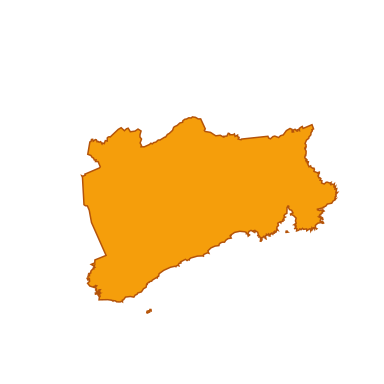 Eurobodalla, New South Wales, Australia, rotated 57°
{"feature_id": "25037944B87455208948659", "entity_name": "Eurobodalla", "entity_type": "district", "adm_level": 2, "iso_a3": "AUS", "parent_name": "Australia", "parent_adm1": "New South Wales", "projection": "albers", "projection_center": [150.084, -35.933], "detail": "fine", "context": "isolated", "style": "filled", "palette": "amber", "viewbox_px": 384, "rotation_deg": 57, "n_neighbors": 0, "source": "geoboundaries", "source_scale": "gbopen_adm2", "svg_char_len": 6037}
<svg xmlns="http://www.w3.org/2000/svg" viewBox="0 0 384 384"><g transform="rotate(57 192 192)"><path d="M231.8,328.7L236.4,321.3L239.0,318.3L240.4,317.7L240.1,317.3L241.6,315.5L243.1,315.0L245.1,312.1L245.4,310.4L246.2,310.1L244.8,309.3L245.1,308.1L243.9,305.0L246.0,300.7L248.5,298.0L247.5,295.8L247.9,293.9L247.2,292.5L248.2,288.8L246.7,285.3L246.9,282.4L244.7,280.3L245.0,279.9L244.5,279.8L244.2,278.4L244.5,277.2L244.0,276.7L244.8,274.3L244.3,273.4L244.4,268.8L245.2,268.0L244.1,267.0L244.6,266.0L242.6,264.1L242.3,258.3L243.4,251.0L244.9,247.0L245.9,246.1L245.4,245.4L245.7,244.0L246.7,243.2L245.4,242.9L244.8,241.9L245.3,240.7L244.7,240.1L245.2,239.7L244.4,239.4L244.9,234.2L246.8,233.5L246.9,231.7L247.5,231.3L246.7,230.3L246.7,228.9L248.7,222.4L251.5,217.6L252.6,217.4L251.2,217.0L250.8,215.8L251.4,212.2L252.6,211.2L250.0,210.7L249.2,206.5L249.9,202.2L251.6,198.6L250.6,197.7L250.2,196.0L250.6,194.0L251.8,192.0L250.9,190.0L250.7,187.3L252.0,184.2L249.5,183.9L249.4,183.1L250.6,183.0L249.2,183.0L249.1,178.2L251.0,173.3L254.1,169.4L255.5,168.5L256.6,169.2L257.2,168.0L259.6,168.9L259.4,167.1L257.4,167.8L256.1,165.7L256.3,163.4L259.2,161.9L258.0,161.7L258.4,160.2L259.8,160.4L259.6,159.7L261.6,158.8L264.0,159.7L264.4,161.1L264.7,159.8L265.6,159.6L266.1,160.2L266.3,159.5L268.7,159.9L270.4,161.5L270.9,161.0L270.3,159.3L268.2,158.6L268.9,157.4L268.2,156.3L269.7,155.6L268.5,154.2L269.1,153.0L268.1,152.5L269.2,151.8L268.9,150.8L270.9,151.3L271.4,150.4L269.6,150.1L270.4,148.9L269.9,148.6L269.9,147.3L271.5,147.2L270.8,146.0L271.3,145.4L270.3,145.1L271.1,144.0L270.2,143.8L271.1,142.9L269.7,141.5L270.8,140.8L268.5,140.7L267.4,139.4L267.3,137.8L264.9,137.1L265.0,134.6L266.3,134.3L265.4,133.4L266.1,131.7L264.9,131.1L265.6,130.0L263.9,129.6L263.9,127.4L263.0,128.1L261.8,127.6L261.3,125.8L261.6,124.1L256.7,120.7L256.0,119.0L256.7,118.6L257.3,119.5L259.9,119.8L261.6,118.4L264.5,118.7L264.1,121.4L265.0,121.7L265.2,120.8L267.0,119.7L270.6,118.9L272.6,121.0L274.9,121.6L275.0,124.2L276.0,123.0L276.8,123.2L276.8,124.0L278.0,123.7L278.7,126.4L278.7,125.2L280.0,124.1L281.6,125.5L282.2,123.3L281.7,121.6L283.0,121.1L282.7,119.1L284.0,118.9L285.4,116.0L287.0,116.8L286.9,113.6L287.4,112.9L289.3,113.6L287.6,111.3L289.0,111.7L288.0,109.8L288.4,109.2L289.5,109.5L288.8,108.7L289.6,108.1L287.2,106.7L286.7,103.5L287.8,100.7L289.6,99.3L289.7,98.5L288.3,98.5L286.1,100.4L284.0,97.8L287.0,97.4L284.8,96.6L283.1,97.4L283.7,98.2L281.9,99.2L282.2,98.1L281.0,97.9L280.6,96.8L281.2,96.4L280.4,95.3L280.6,94.0L279.7,93.8L279.9,91.6L278.2,92.0L279.0,92.9L277.4,93.4L277.2,95.0L275.3,96.5L274.7,96.2L276.8,90.2L276.3,90.1L276.7,87.4L275.8,85.1L277.5,80.9L276.4,78.6L276.5,76.1L276.0,76.2L275.8,74.9L275.4,75.7L273.9,74.3L274.0,73.3L272.6,73.0L271.6,70.1L270.9,71.7L268.0,68.8L267.4,70.5L265.4,68.5L265.6,69.7L265.1,70.2L262.7,68.2L262.9,69.2L261.3,70.6L261.6,71.5L260.8,71.6L259.8,70.3L259.7,71.4L257.3,73.3L256.9,74.2L257.3,76.8L255.0,78.4L253.3,76.9L251.9,78.2L250.9,76.6L249.4,77.1L249.3,77.8L247.1,77.6L246.7,76.3L245.2,76.2L245.6,75.0L244.7,74.4L244.1,76.4L241.1,78.5L239.5,76.9L238.3,76.8L238.1,77.7L235.9,78.7L234.7,78.3L234.6,80.1L230.4,79.5L230.0,78.7L230.6,78.4L230.0,77.9L228.8,79.6L227.5,79.3L228.0,78.3L227.6,78.0L224.7,78.8L223.5,77.8L223.5,76.8L222.7,76.7L222.4,75.8L219.8,74.0L217.1,73.8L216.6,73.4L217.1,72.9L216.2,72.3L216.4,71.7L214.3,70.6L213.0,70.9L210.8,67.7L210.6,64.9L209.6,64.0L208.8,61.2L207.1,59.9L206.2,57.7L205.1,57.5L205.3,55.7L200.9,54.7L199.2,64.2L197.1,63.8L197.0,64.7L197.1,67.4L199.0,68.4L197.5,69.0L197.1,70.3L198.2,70.5L197.8,71.0L195.5,71.4L195.1,73.8L196.9,74.1L196.3,75.3L193.9,74.0L192.1,75.2L191.9,79.4L193.8,84.4L193.0,87.1L193.5,89.7L190.2,92.1L189.6,93.9L190.1,97.3L188.5,98.3L186.6,98.0L174.6,121.6L174.9,122.4L172.7,124.4L171.8,122.8L170.4,123.6L169.1,122.8L168.9,125.6L166.4,124.8L166.4,126.2L164.6,129.1L163.5,128.7L162.5,129.6L164.1,132.4L163.2,133.8L163.3,135.2L162.6,135.1L162.6,135.9L159.8,137.4L157.8,141.5L152.1,144.0L148.4,148.0L147.0,148.1L146.3,146.5L135.4,144.9L134.1,147.0L131.3,148.4L129.2,150.8L129.5,152.3L128.0,154.3L127.8,157.0L127.1,158.2L127.2,160.7L128.4,161.9L127.5,164.7L128.1,168.2L127.7,170.9L127.8,172.2L129.7,174.7L130.5,179.2L130.3,181.3L131.6,184.3L131.1,185.1L131.0,190.4L130.0,192.0L130.5,195.2L129.7,197.2L130.0,199.2L128.7,199.9L129.0,201.8L128.1,207.5L126.3,210.1L125.6,209.1L122.6,208.8L120.1,205.5L117.6,205.7L115.8,204.6L113.1,201.5L109.8,203.0L109.9,206.6L107.9,210.9L103.7,210.8L103.3,212.6L103.8,215.3L99.5,216.4L99.3,219.7L101.3,230.6L100.5,231.4L100.3,232.8L100.5,233.6L103.1,235.3L101.7,236.7L103.6,239.3L102.3,240.2L102.8,241.3L100.0,241.2L99.7,242.8L98.3,243.3L98.2,244.2L96.2,243.8L95.4,244.5L95.6,247.2L93.7,246.6L93.2,247.7L94.6,249.2L94.4,250.4L103.6,258.9L106.3,256.9L108.7,256.9L109.8,256.1L112.0,256.5L112.8,255.0L113.9,256.3L115.4,254.2L120.9,255.2L121.4,256.5L118.7,272.1L119.7,272.3L119.4,274.9L118.3,275.6L120.1,275.9L143.8,289.5L145.4,288.9L146.7,287.3L151.3,288.1L162.8,292.9L198.4,298.6L196.1,310.4L198.5,312.2L197.8,316.0L200.1,314.9L200.2,313.5L201.3,314.9L202.2,314.5L202.0,316.1L202.9,316.2L202.5,317.2L203.3,319.9L204.8,321.1L204.2,322.9L205.4,323.0L205.2,323.8L206.3,323.7L205.9,325.1L207.6,326.1L207.3,327.0L209.2,327.2L209.0,325.4L211.1,326.5L211.7,329.3L215.3,328.9L218.5,326.2L217.2,325.6L218.4,325.8L217.9,323.7L218.8,323.0L219.2,325.5L220.7,324.8L221.4,325.9L221.8,325.4L222.5,326.3L223.4,325.9L224.6,327.2L224.1,328.1L225.1,328.6L225.8,326.8L224.0,324.7L223.4,323.2L224.0,322.2L225.0,324.8L225.7,323.7L226.3,323.8L226.2,325.1L226.9,324.2L226.8,325.4L227.4,325.4L226.8,326.2L227.1,326.9L229.4,326.8L229.0,325.2L230.0,327.2L231.8,328.7ZM269.5,291.0L268.2,290.4L267.6,291.2L268.3,292.1L267.5,294.6L268.6,295.7L269.2,295.4L269.6,292.8L268.5,292.0L269.5,291.0ZM276.7,134.9L277.0,133.6L276.5,133.5L276.1,134.4L276.7,134.9ZM270.6,155.1L270.9,155.8L271.5,155.4L270.6,155.1ZM277.9,133.4L277.2,133.7L277.5,134.3L277.9,133.4ZM290.8,107.3L290.2,107.6L290.8,108.0L290.8,107.3Z" fill="#f59e0b" stroke="#b45309" stroke-width="1.5"/></g></svg>